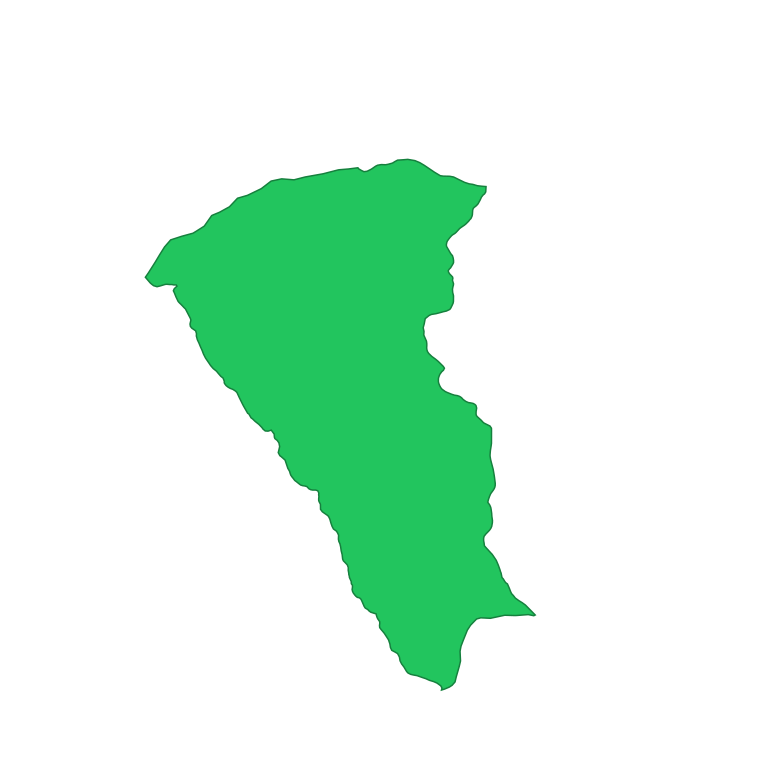 Yangnyer, Tashigang, Bhutan, rotated 216°
{"feature_id": "84629894B53688584852577", "entity_name": "Yangnyer", "entity_type": "district", "adm_level": 2, "iso_a3": "BTN", "parent_name": "Bhutan", "parent_adm1": "Tashigang", "projection": "mercator", "projection_center": [91.484, 27.363], "detail": "fine", "context": "isolated", "style": "filled", "palette": "green", "viewbox_px": 768, "rotation_deg": 216, "n_neighbors": 0, "source": "geoboundaries", "source_scale": "gbopen_adm2", "svg_char_len": 5631}
<svg xmlns="http://www.w3.org/2000/svg" viewBox="0 0 768 768"><g transform="rotate(216 384 384)"><path d="M639.8,330.1L632.3,328.3L630.7,328.2L628.2,328.1L626.5,328.7L624.8,329.3L622.7,331.8L619.6,335.9L618.4,337.0L616.0,338.4L613.9,339.9L612.5,340.5L610.3,342.0L609.0,341.5L609.7,337.9L609.2,335.6L607.3,334.6L603.5,332.2L599.1,329.8L597.3,329.4L595.1,329.1L592.8,328.7L590.8,328.3L588.7,328.0L579.3,323.3L577.8,322.2L577.2,320.8L576.2,318.5L574.5,316.8L572.3,316.2L567.6,316.3L565.3,314.5L564.0,312.5L561.0,310.1L557.7,308.3L554.3,306.2L550.8,304.2L547.6,302.1L543.7,300.1L536.7,297.6L535.1,297.0L531.2,296.1L527.0,295.9L524.8,295.3L520.5,294.3L517.7,294.2L514.9,292.4L513.9,291.0L512.5,290.4L510.7,289.9L508.3,289.8L505.7,290.1L503.2,290.8L500.0,291.0L498.0,290.7L492.8,287.8L486.5,284.5L484.7,283.6L477.1,280.2L475.7,280.3L471.7,278.5L469.8,278.5L466.3,278.0L461.5,277.8L457.1,277.0L455.4,276.4L452.5,276.2L450.1,277.7L448.1,280.4L443.4,278.9L441.4,276.5L440.1,275.7L437.3,275.6L434.4,274.6L431.6,272.0L429.2,266.3L426.1,264.8L424.5,264.8L419.3,264.3L412.3,259.3L409.0,257.8L407.5,256.6L405.9,255.5L404.0,254.8L402.1,254.3L399.5,253.5L397.6,253.5L393.6,253.3L391.9,253.3L389.9,254.0L388.0,255.0L386.1,255.7L383.2,255.1L381.2,255.4L379.3,256.3L377.0,258.0L374.9,258.7L373.7,258.1L372.5,257.3L371.8,256.0L370.5,254.7L369.3,252.6L368.2,251.2L366.7,250.3L364.8,249.4L363.4,247.6L361.7,245.3L358.8,244.4L356.0,244.4L352.0,244.5L350.1,243.8L348.2,242.7L345.2,240.3L342.3,238.3L339.7,237.0L335.9,237.0L333.8,236.1L331.9,235.0L330.9,233.5L329.7,231.7L328.0,230.1L325.7,228.8L323.3,226.7L320.6,223.9L317.6,221.4L314.6,218.1L313.0,217.1L310.6,216.7L307.4,216.1L305.0,214.5L303.5,212.3L301.2,210.1L300.4,209.1L299.2,208.2L298.2,207.1L294.5,205.0L293.0,203.2L291.4,202.7L290.2,201.3L289.0,199.0L287.5,197.7L285.8,196.8L283.5,196.1L282.1,195.8L280.2,195.7L278.1,196.6L276.0,196.3L274.0,195.2L269.3,192.4L267.4,191.7L264.6,192.0L262.7,191.6L260.6,191.6L257.5,192.6L255.2,193.4L254.2,192.4L252.4,191.1L250.9,190.3L247.8,189.2L246.7,187.8L245.7,186.0L244.3,184.4L242.1,183.7L237.6,182.6L234.1,181.3L230.0,179.7L226.5,177.2L223.9,174.6L221.2,173.1L217.7,173.6L214.6,173.9L211.1,172.2L208.3,169.5L205.2,167.9L201.6,166.8L196.7,164.7L194.7,164.3L191.7,164.8L188.9,166.0L185.8,167.5L180.7,169.0L176.9,170.2L173.0,171.0L169.0,172.4L165.3,173.2L160.7,173.2L158.4,172.1L157.6,170.2L155.6,172.9L153.0,177.2L151.8,180.3L151.4,184.7L153.4,189.5L157.2,199.9L159.3,204.9L165.4,212.5L167.6,217.2L169.3,223.5L171.9,233.9L172.2,239.7L171.0,248.3L168.3,251.7L160.2,257.0L150.4,267.9L141.6,273.9L139.8,275.4L131.8,282.2L126.6,284.6L125.9,286.0L136.1,287.7L139.6,288.3L143.7,288.3L147.7,288.0L149.8,288.0L151.9,288.0L155.0,288.9L157.6,289.4L159.6,290.5L162.2,292.2L166.6,294.8L168.8,294.8L170.3,295.3L172.9,296.4L174.8,296.8L176.0,297.9L178.2,299.9L179.5,300.7L180.9,301.8L185.0,304.6L189.5,307.3L193.3,308.7L196.4,309.8L198.6,310.2L204.4,311.4L207.6,312.1L209.8,314.4L211.1,315.6L212.5,317.4L213.5,319.5L213.4,322.7L213.1,324.6L212.7,327.6L212.7,329.9L213.2,332.2L214.8,335.5L216.0,337.3L219.0,340.4L220.9,342.7L223.7,345.6L225.1,346.9L226.4,347.7L227.7,348.4L230.5,349.3L231.2,350.9L231.7,352.2L232.6,355.2L233.2,358.0L233.2,362.1L233.3,363.9L233.6,365.4L234.3,367.1L235.6,369.0L240.0,373.7L241.8,375.5L245.6,379.2L251.6,384.1L253.5,385.7L255.9,388.1L256.8,389.4L258.8,392.7L260.9,396.8L262.2,399.2L270.0,410.0L271.1,411.4L273.6,412.3L279.9,411.2L281.7,411.3L283.8,411.8L289.4,412.4L290.7,412.8L291.8,413.7L293.2,415.7L294.9,419.0L297.0,420.7L298.5,420.9L300.4,420.7L302.7,419.7L304.8,418.6L307.6,418.0L310.9,418.0L313.3,418.5L315.6,418.4L317.9,417.7L320.4,416.4L323.2,415.5L327.9,414.3L330.0,413.9L334.0,413.9L335.9,414.4L338.0,415.4L340.2,416.8L341.5,418.0L342.7,419.7L343.4,420.8L343.9,422.3L344.5,424.6L344.5,427.8L344.0,430.1L344.4,432.3L346.4,433.1L352.3,434.0L353.9,434.2L357.2,434.4L361.5,434.4L365.7,435.0L367.9,435.8L369.5,437.0L370.7,438.3L372.0,440.3L373.1,441.8L374.8,443.6L376.0,444.3L380.6,447.0L382.6,450.1L384.2,451.5L385.4,452.6L386.9,456.5L388.0,458.8L389.1,461.2L388.7,462.4L387.9,465.6L387.1,467.2L386.4,468.3L383.2,471.5L379.6,475.9L378.7,477.1L376.4,479.7L374.6,483.0L374.6,484.8L375.1,487.6L375.6,490.0L376.4,491.7L379.6,496.2L382.3,498.5L384.3,500.9L385.4,503.2L385.9,504.6L386.6,505.9L387.8,506.8L389.6,508.2L390.5,510.1L391.5,510.9L395.8,511.7L397.8,512.6L398.7,513.6L398.7,515.5L398.4,517.2L398.8,521.8L399.1,523.1L400.4,524.9L402.1,526.6L404.1,528.1L406.0,528.5L407.6,529.1L413.2,531.6L414.3,532.1L415.4,533.3L416.5,535.6L416.8,537.0L416.8,540.6L416.5,543.7L416.1,545.2L415.2,547.3L414.8,549.0L414.2,554.2L413.7,555.9L412.3,559.8L411.8,561.7L411.2,565.6L411.2,567.4L410.9,568.9L411.4,571.4L412.0,572.9L414.5,576.9L415.0,578.6L414.8,580.1L414.3,581.6L414.0,583.1L413.8,585.1L414.4,589.6L415.0,592.5L414.9,595.3L414.4,596.9L414.6,599.2L417.5,603.7L421.1,601.5L425.0,599.3L429.5,597.7L432.7,596.0L437.3,594.5L443.4,593.4L449.3,592.4L452.9,590.7L458.1,587.1L460.9,585.6L467.6,585.0L471.0,584.9L473.9,584.8L479.9,584.6L485.3,584.1L490.3,582.9L496.8,579.7L501.2,575.9L504.6,573.1L505.9,570.4L507.0,567.7L509.8,564.2L511.6,562.3L515.2,559.9L517.8,557.2L518.8,555.3L520.5,550.4L522.7,546.2L525.0,544.0L527.7,543.5L531.0,543.2L532.2,543.6L539.1,537.1L546.4,530.8L547.3,529.8L556.8,518.3L569.5,505.1L576.8,496.3L587.4,489.8L594.6,481.8L596.2,476.3L598.1,469.9L603.4,460.0L605.4,456.3L611.7,448.2L613.2,436.5L614.3,434.2L618.0,426.3L621.5,420.6L622.4,419.0L622.2,406.1L623.6,402.5L627.1,393.8L634.4,384.7L641.3,375.2L642.1,365.9L641.5,357.0L640.7,348.0L639.9,335.0L639.8,330.1Z" fill="#22c55e" stroke="#15803d" stroke-width="1.5"/></g></svg>